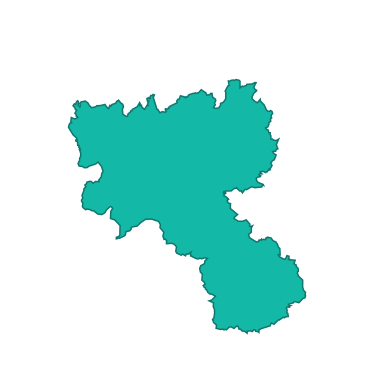 the district of Atenguillo, Jalisco, Mexico, rotated 287°
{"feature_id": "50627088B60937444103657", "entity_name": "Atenguillo", "entity_type": "district", "adm_level": 2, "iso_a3": "MEX", "parent_name": "Mexico", "parent_adm1": "Jalisco", "projection": "albers", "projection_center": [-104.544, 20.339], "detail": "fine", "context": "isolated", "style": "filled", "palette": "teal", "viewbox_px": 384, "rotation_deg": 287, "n_neighbors": 0, "source": "geoboundaries", "source_scale": "gbopen_adm2", "svg_char_len": 6033}
<svg xmlns="http://www.w3.org/2000/svg" viewBox="0 0 384 384"><g transform="rotate(287 192 192)"><path d="M308.8,194.3L304.9,196.3L303.9,195.3L298.2,194.2L297.2,195.2L290.9,197.0L287.0,195.8L285.0,193.4L283.3,193.9L280.2,192.9L278.8,190.0L279.0,187.9L282.2,188.8L283.4,187.6L286.3,188.0L287.6,187.3L288.8,183.9L292.2,182.3L291.8,181.1L290.2,180.5L289.0,177.7L290.9,176.3L292.5,170.9L289.1,169.4L287.7,167.5L287.8,166.1L286.9,165.5L286.8,164.5L284.1,160.6L281.1,159.5L281.4,158.4L280.2,157.9L280.8,156.7L280.6,152.8L277.1,152.6L276.5,151.4L274.5,150.8L273.0,151.7L267.8,146.1L266.3,145.1L265.4,145.5L265.1,144.7L264.1,144.5L263.9,142.3L262.7,142.4L261.5,143.9L260.4,143.0L260.2,140.2L258.4,138.1L261.0,135.1L260.8,134.3L271.2,127.3L273.8,127.7L273.9,126.2L272.7,126.0L272.4,124.6L271.8,124.3L270.7,124.1L269.3,124.7L268.7,123.9L269.5,122.9L268.1,121.5L266.2,122.6L266.3,124.0L265.1,123.4L264.7,124.1L263.0,123.8L262.0,124.8L261.6,123.6L257.1,122.5L258.5,119.2L260.2,118.3L259.3,117.0L260.9,116.9L262.2,115.8L257.5,114.7L253.5,110.7L252.0,110.8L251.6,109.6L250.1,109.7L248.4,108.1L245.8,108.1L245.0,107.2L246.1,103.2L250.6,101.3L253.8,101.5L255.7,100.0L256.3,97.9L258.3,95.0L257.6,94.8L257.4,93.9L254.3,92.8L252.2,89.8L250.5,89.4L250.9,88.2L247.4,87.8L248.4,85.4L250.3,83.2L247.8,79.0L246.7,75.7L245.3,75.0L243.3,71.2L244.9,68.3L246.7,66.5L247.8,63.3L245.5,59.4L244.0,58.8L242.1,60.0L240.5,59.9L241.5,58.1L245.4,56.8L245.8,55.8L244.1,55.1L241.8,55.2L241.9,53.7L239.7,53.0L238.3,55.5L236.9,56.2L236.4,57.8L233.0,57.0L232.0,58.8L230.6,59.1L230.4,60.6L229.8,61.0L227.6,58.7L227.9,54.8L223.6,55.6L223.1,56.6L222.0,55.2L220.7,54.8L217.7,55.0L211.8,61.7L209.9,65.8L208.7,66.7L207.7,65.6L206.6,66.3L207.0,67.6L203.2,69.1L203.3,70.4L201.6,70.6L201.1,72.2L199.8,71.8L199.5,72.8L199.2,72.4L196.2,74.4L192.8,75.2L191.9,74.7L189.1,75.2L185.9,74.7L183.8,76.5L184.4,79.7L183.7,82.0L184.9,84.9L186.3,85.6L190.7,91.7L193.1,93.5L189.8,98.2L185.5,101.0L183.6,100.3L179.7,100.8L176.1,99.3L174.8,100.0L173.8,96.6L171.5,94.9L172.6,92.6L172.3,91.0L170.7,88.6L169.1,88.7L167.4,87.5L166.1,88.8L163.2,87.7L161.5,88.2L156.7,87.8L153.9,89.4L152.0,88.7L150.5,89.3L150.1,90.3L148.9,91.0L145.9,91.5L144.7,93.3L144.0,95.7L145.0,96.2L145.4,99.9L144.8,101.1L145.2,103.6L143.4,108.3L144.0,112.3L146.4,114.6L150.3,115.6L154.1,118.1L154.4,119.0L153.2,120.9L149.8,120.0L142.8,121.8L142.8,126.1L138.9,133.0L129.7,135.6L128.0,134.9L126.6,132.9L125.1,133.3L127.0,136.7L130.0,139.9L131.3,140.8L134.7,140.5L136.8,143.9L138.7,144.7L139.9,144.2L141.0,144.9L143.4,149.5L148.2,152.2L152.4,155.6L154.3,161.3L154.1,168.6L151.6,171.3L148.5,171.8L145.3,176.8L141.3,177.1L138.5,179.1L139.0,179.8L138.2,181.9L135.1,182.7L136.8,187.1L137.1,188.8L136.5,190.8L135.1,193.2L130.5,193.8L129.1,195.2L128.4,200.1L129.8,201.3L129.1,204.5L131.0,204.7L131.4,206.4L134.1,208.6L132.1,208.3L131.1,209.7L130.5,209.4L129.5,215.7L129.9,217.9L131.1,218.7L130.9,220.8L132.9,223.5L132.9,226.2L130.0,224.5L127.1,224.9L124.1,221.9L121.1,221.7L117.8,223.5L116.5,225.9L110.6,227.2L109.4,229.9L107.6,231.6L105.9,230.0L104.6,231.3L104.3,232.8L103.1,233.3L102.5,234.8L100.6,236.6L99.6,239.1L100.2,240.4L99.2,244.9L94.5,242.5L92.9,240.2L92.3,244.9L88.5,245.9L86.5,247.7L83.0,249.0L77.5,249.8L76.2,248.9L73.4,251.0L72.0,254.3L68.7,254.9L68.9,259.4L69.9,261.9L69.5,262.9L70.4,264.1L70.3,265.2L73.8,267.2L74.5,269.0L73.8,272.1L77.0,274.0L76.9,275.4L74.6,277.0L75.0,278.7L73.7,280.4L74.2,282.9L73.1,286.0L75.0,285.6L76.3,288.3L76.1,290.4L78.5,291.5L78.4,292.8L77.4,293.6L77.8,295.9L77.3,297.0L79.8,296.4L81.7,298.3L86.8,305.8L89.9,306.1L89.5,309.1L95.2,312.2L95.1,312.9L98.7,315.7L98.8,317.3L99.8,317.6L101.1,320.5L104.1,319.0L104.3,318.0L106.9,317.5L108.9,316.1L109.9,316.6L110.3,318.9L111.3,318.6L112.0,319.4L111.8,318.0L112.8,317.0L115.7,321.4L116.9,321.7L117.3,322.5L117.4,326.6L122.7,329.3L123.7,330.9L125.9,331.0L126.2,330.4L129.3,329.8L130.7,327.3L133.7,325.5L140.1,323.6L142.7,318.4L145.2,316.5L146.4,316.3L147.2,316.9L150.0,315.8L151.4,313.3L152.6,313.1L153.2,310.5L156.9,310.6L155.8,305.1L156.1,305.4L156.7,304.0L158.9,303.6L158.9,301.4L155.7,301.1L154.5,299.8L155.8,294.2L157.2,292.9L157.5,294.7L163.5,292.6L164.7,290.6L167.0,289.0L168.8,286.7L169.1,283.7L171.1,281.1L170.9,277.3L169.5,276.8L169.7,276.3L167.7,275.9L167.6,274.0L166.5,272.7L167.2,272.1L165.8,271.4L165.7,270.2L164.4,270.2L163.0,268.3L165.1,260.4L167.8,258.5L170.9,260.5L174.8,259.2L177.4,259.7L176.1,258.1L176.2,257.0L178.1,256.8L181.2,252.0L178.7,248.8L177.6,244.7L179.0,239.6L178.8,240.7L179.1,239.9L180.2,239.9L183.8,242.2L187.4,233.5L192.2,232.2L192.0,230.2L193.4,228.4L194.5,228.1L195.5,229.2L196.1,228.8L197.6,225.3L197.7,223.6L199.5,223.2L200.3,222.2L201.7,222.2L201.9,222.9L200.8,223.0L199.8,224.0L200.8,224.6L200.9,223.7L202.8,224.0L204.5,229.2L207.5,231.1L208.4,233.0L209.1,233.2L207.2,236.7L206.9,237.6L207.6,238.6L205.9,240.5L210.0,241.9L210.2,243.5L214.4,247.4L214.6,251.2L217.2,257.2L219.7,257.7L219.5,258.3L220.0,257.9L220.5,252.4L221.6,250.6L224.0,249.4L225.6,250.6L226.3,252.6L227.5,253.0L227.4,251.7L228.4,251.0L229.0,251.3L229.8,253.5L230.7,251.5L231.4,251.3L232.5,254.2L232.1,256.8L233.2,257.2L233.4,258.1L234.8,258.3L236.1,260.2L236.6,259.1L237.9,260.2L240.8,260.8L242.7,258.8L245.7,260.0L246.9,261.3L252.1,261.6L252.7,259.0L254.3,257.3L255.5,260.1L257.4,260.1L258.4,261.5L261.8,258.8L267.9,259.4L265.9,257.6L265.4,254.7L266.2,253.6L265.7,251.8L268.7,251.1L270.0,249.8L271.5,249.5L271.0,248.3L273.5,246.8L273.8,244.6L274.9,244.0L274.6,243.0L276.4,245.5L279.1,245.8L280.8,245.2L282.5,246.6L284.6,245.7L286.2,246.5L286.8,245.7L289.1,245.4L290.5,246.2L292.4,245.0L292.9,243.4L291.9,242.6L291.4,240.9L292.1,239.3L296.4,235.5L299.0,230.8L300.6,230.1L296.6,228.6L297.0,225.6L298.8,222.1L300.7,221.7L304.3,222.2L307.5,224.1L308.2,224.1L308.2,222.8L309.6,221.0L310.8,220.5L315.3,221.3L314.9,219.9L312.9,218.0L311.0,213.0L309.7,212.7L307.8,210.2L308.0,209.1L305.6,207.5L312.0,205.5L312.6,204.4L312.4,201.2L311.1,200.1L311.3,199.0L310.0,196.4L309.1,196.0L308.8,194.3Z" fill="#14b8a6" stroke="#0f766e" stroke-width="1.5"/></g></svg>